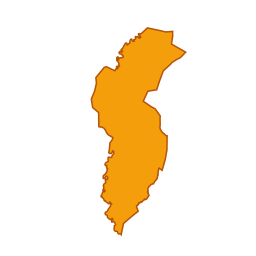 the district of Orxon, Bulgan, Mongolia, rotated 105°
{"feature_id": "93677404B53654733143860", "entity_name": "Orxon", "entity_type": "district", "adm_level": 2, "iso_a3": "MNG", "parent_name": "Mongolia", "parent_adm1": "Bulgan", "projection": "equal_earth", "projection_center": [103.912, 48.721], "detail": "fine", "context": "isolated", "style": "filled", "palette": "amber", "viewbox_px": 256, "rotation_deg": 105, "n_neighbors": 0, "source": "geoboundaries", "source_scale": "gbopen_adm2", "svg_char_len": 5785}
<svg xmlns="http://www.w3.org/2000/svg" viewBox="0 0 256 256"><g transform="rotate(105 128 128)"><path d="M205.8,96.6L201.9,99.4L201.2,99.5L200.6,99.2L200.5,98.9L200.3,98.8L199.9,98.5L199.3,98.6L199.1,98.2L198.5,98.2L198.0,98.0L197.7,98.0L197.6,97.7L197.4,97.8L197.4,97.3L196.6,96.9L196.5,96.6L196.3,96.5L196.3,96.4L196.2,96.4L196.2,96.2L195.9,96.1L195.9,95.8L196.0,95.6L195.7,95.3L195.2,95.3L194.9,94.9L193.4,94.2L193.3,93.8L193.0,93.3L192.8,93.1L192.6,93.2L192.7,92.9L192.6,92.6L192.2,92.4L192.1,91.9L191.4,91.5L191.2,91.3L190.5,91.3L189.4,90.9L189.1,90.9L188.7,90.5L187.5,90.3L187.3,90.6L186.8,90.8L186.1,91.6L185.9,91.5L185.2,91.8L184.9,92.2L184.6,92.2L184.6,92.4L184.2,92.2L183.8,92.3L183.7,92.5L183.4,92.4L183.1,92.6L182.6,92.9L180.7,93.0L179.7,92.6L179.2,92.8L178.6,92.4L178.3,92.0L177.8,91.6L177.6,91.6L176.9,91.2L176.4,90.9L176.3,90.6L176.0,90.2L175.3,89.6L175.2,89.3L175.3,89.2L174.7,89.0L174.0,88.5L173.3,88.5L172.1,88.1L171.3,87.6L170.8,87.6L170.5,87.2L169.7,87.0L169.3,86.7L168.7,86.7L168.2,86.8L167.9,87.0L167.6,86.9L166.8,87.0L166.0,87.0L165.7,86.8L165.3,86.7L164.7,87.0L163.6,87.4L163.2,87.4L162.3,87.6L161.7,87.5L160.6,87.8L160.0,87.6L159.1,87.8L158.7,87.6L160.1,84.1L148.8,83.9L139.1,84.7L125.4,88.2L125.6,88.7L125.6,89.1L125.1,90.1L124.5,90.9L124.2,92.2L122.6,94.7L120.5,96.7L118.7,97.5L117.9,97.5L116.7,97.7L110.5,99.5L108.0,100.0L102.5,106.7L101.3,111.4L98.2,120.2L87.3,118.3L83.7,110.2L74.4,109.7L63.7,108.7L55.2,103.3L53.3,102.4L49.2,98.7L46.5,95.6L39.8,91.9L35.7,107.7L27.9,108.6L23.2,109.9L23.5,110.2L23.4,110.9L24.5,113.5L25.5,116.8L25.6,121.9L26.3,135.2L32.8,139.2L33.5,140.0L34.1,140.5L34.2,141.0L34.0,141.7L34.3,142.2L34.6,142.2L35.5,141.8L35.6,141.3L35.5,140.5L35.6,140.4L35.9,140.3L36.4,140.6L36.9,140.6L37.1,140.0L36.8,139.5L36.8,139.3L37.3,139.4L38.2,140.0L38.4,140.2L38.4,140.5L37.4,141.6L37.3,142.1L37.4,142.7L37.7,143.3L37.7,144.1L37.8,144.4L38.0,144.6L38.3,144.5L38.6,144.3L38.7,143.9L38.9,143.8L39.6,143.7L40.0,143.9L40.6,144.4L40.8,144.7L40.9,145.0L41.3,145.3L41.6,145.2L42.5,144.4L42.9,145.2L42.7,145.9L42.3,146.6L41.3,147.4L41.2,147.5L41.2,147.8L41.9,148.4L42.7,148.6L44.3,148.5L45.4,148.2L45.9,148.8L46.4,149.2L47.9,149.9L48.0,150.2L47.7,150.6L47.2,150.7L46.4,151.1L46.3,151.3L46.3,151.8L46.5,152.1L47.6,152.7L48.8,152.8L49.7,153.3L52.7,153.8L53.1,154.0L53.4,154.6L53.9,154.9L54.2,154.9L54.6,154.7L54.8,154.3L55.3,153.2L55.7,153.1L56.1,153.6L56.4,154.5L56.0,155.1L56.1,155.5L56.8,156.1L57.6,156.1L58.2,155.8L58.5,155.2L58.5,154.4L58.2,153.5L58.2,153.1L59.1,152.6L59.8,151.1L60.5,150.9L61.7,152.1L61.9,153.1L62.5,154.2L63.0,154.5L64.4,154.8L64.7,154.9L64.7,155.1L63.9,155.6L62.5,155.5L62.1,155.8L62.0,156.1L62.1,156.6L62.5,156.9L62.8,157.0L63.6,157.0L64.1,156.8L64.8,156.4L65.6,156.4L66.5,154.9L67.2,154.2L68.2,153.4L69.4,153.5L69.6,153.4L69.8,152.8L70.5,152.2L70.7,152.4L71.6,153.2L71.6,153.7L71.1,154.5L71.4,154.9L71.8,155.0L72.4,154.7L72.5,154.5L72.6,154.1L72.4,153.5L72.8,153.3L73.4,153.3L73.6,153.7L73.7,154.5L73.9,155.0L76.1,155.5L74.4,164.7L75.5,166.6L87.6,172.1L92.9,170.1L100.7,169.8L109.6,170.9L117.4,167.4L120.7,160.4L134.3,156.5L134.2,154.5L133.9,154.2L133.9,153.6L133.9,153.1L134.3,152.0L134.3,151.5L134.6,150.9L135.4,150.0L135.9,149.2L136.5,148.9L136.9,148.4L137.8,147.7L138.0,147.3L138.4,147.1L139.2,146.2L139.3,145.8L139.3,145.6L139.7,145.2L139.8,144.8L140.2,143.9L140.1,143.7L140.1,143.0L140.6,142.5L140.5,142.1L140.7,141.7L140.8,141.3L141.0,140.8L141.3,140.4L141.5,139.9L145.0,140.7L147.0,141.6L153.4,140.5L154.9,140.3L156.6,140.3L156.9,140.2L157.3,138.9L157.2,138.1L157.0,137.6L156.5,137.3L155.8,137.0L154.4,136.9L154.0,136.7L153.9,136.6L154.0,136.3L154.3,136.0L154.7,135.8L155.5,135.3L156.4,135.2L156.9,135.3L158.7,136.2L159.4,136.1L160.3,136.3L160.7,136.6L161.0,137.2L161.2,139.3L161.4,139.5L161.8,139.5L162.3,139.2L163.1,139.3L163.6,139.2L165.3,138.4L165.6,138.6L166.8,140.1L167.9,140.7L168.4,140.8L169.2,140.8L169.7,140.5L170.0,140.2L170.1,139.9L170.1,139.5L169.7,139.2L169.8,138.8L170.6,138.5L171.2,138.6L171.7,138.5L171.9,138.2L172.4,138.0L172.5,137.3L172.7,137.1L173.3,137.4L173.9,137.3L174.5,137.4L175.5,137.1L176.5,137.4L177.0,137.5L177.5,137.9L178.7,138.1L179.4,138.8L180.5,139.5L181.1,139.5L182.0,139.1L182.6,139.1L183.1,138.8L183.1,138.3L183.0,137.9L182.2,137.2L181.4,136.8L180.5,136.7L180.2,136.6L180.0,136.1L180.1,135.7L180.8,135.0L181.3,134.7L181.8,134.6L182.1,134.6L182.3,134.8L182.9,134.7L183.2,134.9L183.3,135.2L183.0,135.6L183.0,135.8L183.1,136.1L183.6,136.4L184.1,136.4L185.1,136.2L185.9,135.5L186.8,135.4L187.6,136.2L188.6,136.8L189.8,136.9L190.3,136.9L190.6,136.5L191.3,136.1L192.6,135.8L193.8,136.2L194.3,136.2L194.5,135.9L194.0,134.5L194.0,134.2L195.3,133.9L195.7,134.1L195.8,134.4L195.0,134.6L194.9,134.7L194.9,135.3L195.1,135.7L195.3,135.8L198.0,136.0L199.0,135.9L200.0,136.5L200.5,136.5L201.6,135.9L201.6,135.4L201.4,134.9L202.0,134.5L202.7,133.2L204.0,132.4L204.4,131.9L204.5,131.7L204.2,131.4L204.2,131.1L204.6,130.7L205.3,129.4L205.4,128.6L206.0,127.7L206.2,126.7L205.6,126.1L205.2,126.1L204.5,126.5L204.2,126.5L204.2,126.3L204.5,125.8L205.1,125.5L205.3,124.5L205.6,124.1L206.8,124.8L208.3,124.8L210.2,125.5L211.3,126.0L212.8,126.2L213.9,126.5L214.5,126.9L215.0,127.8L215.4,128.0L216.7,128.0L217.2,127.5L217.6,127.1L217.6,125.8L218.0,125.4L219.6,124.7L220.7,122.8L221.1,121.0L220.4,120.4L219.3,120.1L219.3,119.9L219.4,119.6L220.2,119.0L220.9,119.5L221.5,119.7L221.9,119.7L223.0,119.4L223.0,119.1L222.8,118.6L222.5,118.3L222.0,117.9L221.9,117.6L222.8,116.4L224.1,115.2L224.9,115.0L225.9,115.9L226.1,116.0L227.1,115.5L227.7,115.4L228.6,115.6L230.2,114.9L230.6,114.3L231.0,113.5L230.7,112.4L230.8,111.6L232.2,110.6L232.5,110.1L232.7,109.6L232.7,109.2L232.3,108.5L232.3,108.2L232.4,107.5L232.8,107.0L221.4,107.6L212.4,101.5L205.8,96.6Z" fill="#f59e0b" stroke="#b45309" stroke-width="1.5"/></g></svg>